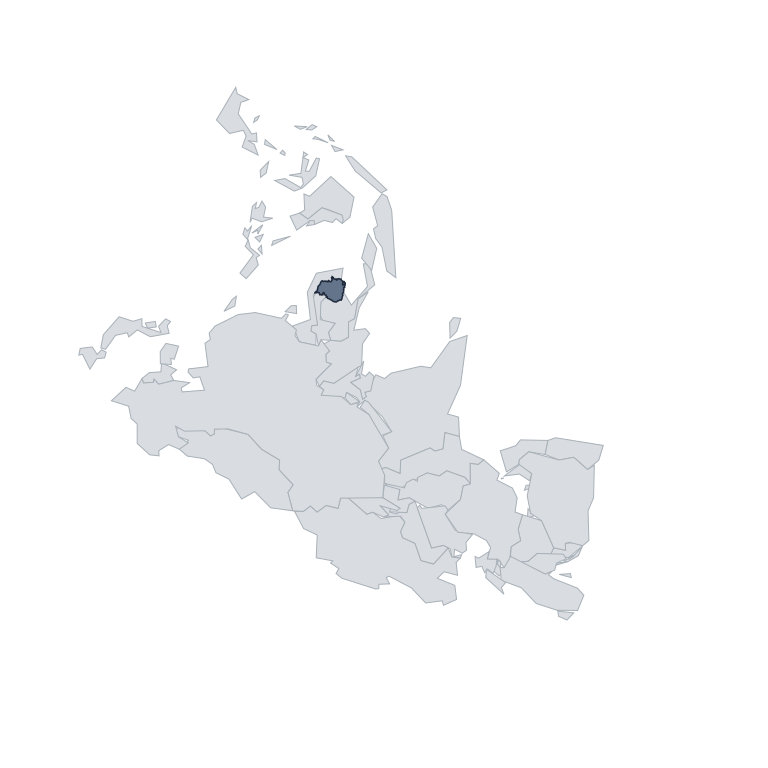 where Cambodia sits in Asia, rotated 210°
{"feature_id": "KHM", "entity_name": "Cambodia", "entity_type": "country or territory", "adm_level": 0, "iso_a3": "KHM", "parent_name": "Asia", "parent_adm1": "", "projection": "robinson", "projection_center": [105.132, 12.558], "detail": "fine", "context": "in_parent", "style": "filled", "palette": "slate", "viewbox_px": 768, "rotation_deg": 210, "n_neighbors": 45, "source": "natural_earth", "source_scale": "50m", "svg_char_len": 15516}
<svg xmlns="http://www.w3.org/2000/svg" viewBox="0 0 768 768"><g transform="rotate(210 384 384)"><path d="M397.8,229.0L390.2,233.3L386.7,241.6L377.9,239.7L373.4,249.9L361.6,253.4L364.6,263.4L361.2,268.1L333.8,262.7L329.8,267.3L319.2,266.1L305.4,277.8L296.8,274.9L295.8,264.4L291.0,260.2L277.4,261.5L263.7,249.6L251.1,252.9L246.5,274.1L239.0,268.3L230.9,271.4L232.3,265.6L224.7,255.1L238.2,251.4L240.6,242.4L222.0,245.0L213.4,233.7L221.8,222.1L225.3,225.3L238.4,215.2L258.3,221.1L283.5,220.1L285.3,217.5L279.2,213.7L288.3,208.0L286.2,204.2L288.7,202.3L323.3,194.7L330.7,195.9L330.9,201.6L340.8,202.2L339.9,205.2L355.8,199.6L366.3,219.8L381.3,218.6L397.8,229.0Z" fill="#d9dde1" stroke="#a8b0b8" stroke-width="1"/><path d="M246.5,274.1L251.1,252.9L263.7,249.6L277.4,261.5L291.0,260.2L295.8,264.4L296.8,274.9L303.6,277.8L317.8,268.6L314.6,272.9L326.4,276.6L319.7,280.8L314.2,280.4L315.2,276.1L308.7,277.4L303.9,284.3L300.0,284.0L302.1,292.3L298.6,298.1L260.8,265.8L251.9,274.0L246.5,274.1Z" fill="#d9dde1" stroke="#a8b0b8" stroke-width="1"/><path d="M661.2,528.9L660.7,566.8L656.3,562.0L643.3,562.7L648.8,556.3L645.3,545.1L623.5,534.4L620.0,537.7L615.0,530.2L623.7,526.7L616.2,526.7L607.5,519.3L625.3,518.3L627.4,529.9L632.7,533.4L643.0,523.7L661.2,528.9ZM578.7,565.5L575.9,572.7L570.9,573.3L573.6,567.8L578.7,565.5ZM626.1,553.9L625.7,549.5L627.7,545.4L628.8,549.9L626.1,553.9ZM542.6,489.8L539.7,495.0L548.4,508.6L542.3,509.3L533.7,537.1L503.4,530.9L496.9,511.4L500.5,502.2L504.9,509.3L521.8,506.7L526.0,505.5L532.3,488.8L542.6,489.8ZM594.0,533.5L607.2,531.8L609.0,536.2L594.0,533.5ZM588.7,535.8L585.2,534.8L584.2,532.3L589.4,532.0L588.7,535.8ZM594.2,501.2L598.1,507.2L595.1,519.0L591.5,507.9L594.2,501.2ZM558.1,506.2L580.4,505.6L572.5,512.4L554.5,512.4L553.8,516.8L558.3,522.0L570.7,517.4L561.3,524.9L569.6,544.8L564.9,544.5L567.4,539.7L561.1,540.4L558.5,529.1L555.1,530.8L555.6,545.9L552.4,546.8L547.2,530.1L552.7,512.9L558.1,506.2ZM557.2,571.7L548.0,569.3L552.7,568.2L557.2,571.7ZM552.9,565.0L563.6,562.9L568.2,560.8L567.4,564.0L552.9,565.0ZM542.6,560.8L548.8,564.4L536.6,566.3L542.6,560.8ZM482.0,548.1L515.6,554.1L531.3,562.4L525.5,564.6L478.5,553.6L482.0,548.1ZM468.6,517.9L482.3,531.6L480.8,547.8L475.1,547.9L464.2,538.3L426.9,482.0L438.1,483.3L454.3,501.6L463.8,505.7L470.7,513.2L468.6,517.9Z" fill="#d9dde1" stroke="#a8b0b8" stroke-width="1"/><path d="M579.2,568.4L583.7,562.8L590.8,562.6L579.2,568.4Z" fill="#d9dde1" stroke="#a8b0b8" stroke-width="1"/><path d="M140.0,320.6L134.1,328.8L131.1,342.5L129.8,332.5L136.2,321.7L140.0,320.6Z" fill="#d9dde1" stroke="#a8b0b8" stroke-width="1"/><path d="M145.0,315.2L136.4,321.6L144.7,312.9L145.0,315.2Z" fill="#d9dde1" stroke="#a8b0b8" stroke-width="1"/><path d="M137.6,325.7L133.3,331.7L136.0,324.9L137.6,325.7Z" fill="#d9dde1" stroke="#a8b0b8" stroke-width="1"/><path d="M137.6,325.7L154.6,320.0L155.1,327.0L143.6,330.8L147.3,336.6L136.5,344.3L131.1,342.5L137.6,325.7Z" fill="#d9dde1" stroke="#a8b0b8" stroke-width="1"/><path d="M209.6,373.0L221.7,373.7L233.8,364.5L225.9,383.2L211.1,380.2L209.6,373.0Z" fill="#d9dde1" stroke="#a8b0b8" stroke-width="1"/><path d="M206.0,370.1L206.2,365.8L209.3,362.2L210.3,367.4L206.0,370.1Z" fill="#d9dde1" stroke="#a8b0b8" stroke-width="1"/><path d="M192.6,339.3L196.9,348.0L188.2,344.8L192.6,339.3Z" fill="#d9dde1" stroke="#a8b0b8" stroke-width="1"/><path d="M155.1,327.0L154.6,320.0L166.5,313.9L170.4,302.7L179.0,296.8L188.2,298.0L192.6,306.6L187.4,316.6L195.2,325.3L198.7,340.0L179.1,344.4L155.1,327.0Z" fill="#d9dde1" stroke="#a8b0b8" stroke-width="1"/><path d="M227.0,381.9L234.0,369.1L249.9,384.3L239.1,396.3L237.9,403.8L213.8,417.1L209.2,403.5L224.7,397.7L229.0,386.1L227.0,381.9ZM235.3,361.0L233.1,362.5L234.8,360.5L235.3,361.0Z" fill="#d9dde1" stroke="#a8b0b8" stroke-width="1"/><path d="M477.7,430.9L466.4,431.2L464.3,443.0L451.7,436.0L447.1,460.2L462.0,477.7L456.9,480.8L441.6,465.3L449.0,444.7L442.1,426.0L445.7,419.9L438.1,406.7L442.6,399.4L452.0,395.2L457.9,400.8L456.7,412.1L467.5,407.5L475.2,412.6L479.6,423.4L477.7,430.9Z" fill="#d9dde1" stroke="#a8b0b8" stroke-width="1"/><path d="M488.7,431.3L477.7,430.9L479.6,423.4L471.4,407.9L456.7,412.1L457.9,400.8L452.0,395.2L460.6,390.8L459.8,384.2L467.6,393.2L473.8,393.3L475.7,398.3L471.1,401.9L488.4,421.4L488.7,431.3Z" fill="#d9dde1" stroke="#a8b0b8" stroke-width="1"/><path d="M452.0,395.2L442.6,399.4L438.1,406.7L445.7,419.9L442.1,426.0L449.0,444.7L443.7,456.1L443.6,437.6L437.0,415.5L427.8,422.6L421.8,420.7L422.7,408.0L412.8,389.1L427.6,359.5L437.6,356.5L438.7,349.7L445.3,354.1L439.7,375.0L444.9,374.1L449.2,380.5L447.7,385.4L457.3,386.9L452.0,395.2Z" fill="#d9dde1" stroke="#a8b0b8" stroke-width="1"/><path d="M473.2,452.9L483.0,450.2L480.8,446.6L489.3,442.2L489.7,425.5L471.1,401.9L475.7,398.3L473.8,393.3L467.6,393.2L462.4,383.4L478.3,378.2L492.0,388.7L480.0,403.1L496.3,425.1L498.0,446.1L477.4,463.9L473.2,452.9Z" fill="#d9dde1" stroke="#a8b0b8" stroke-width="1"/><path d="M596.3,267.9L592.9,276.5L583.3,283.0L587.2,291.1L570.7,292.6L573.3,285.2L567.8,282.0L571.3,278.3L579.0,271.2L585.5,273.2L584.5,270.2L592.9,264.5L596.3,267.9Z" fill="#d9dde1" stroke="#a8b0b8" stroke-width="1"/><path d="M577.8,294.6L587.8,289.7L594.0,300.2L593.1,310.1L580.8,314.1L578.0,300.6L581.5,299.6L577.8,294.6Z" fill="#d9dde1" stroke="#a8b0b8" stroke-width="1"/><path d="M399.6,228.6L420.2,220.1L442.2,226.1L449.8,213.2L470.8,224.1L485.1,223.1L492.3,228.6L502.1,229.5L518.3,223.2L528.7,225.2L525.2,237.5L535.6,235.5L543.7,241.3L515.6,254.0L508.3,252.3L506.0,256.0L508.3,260.1L501.9,265.1L476.5,272.4L457.3,266.3L436.4,266.0L431.9,257.3L412.2,251.3L413.0,242.2L399.6,228.6Z" fill="#d9dde1" stroke="#a8b0b8" stroke-width="1"/><path d="M438.7,349.7L437.6,356.5L427.6,359.5L414.8,385.8L412.3,376.6L410.0,380.3L407.4,377.3L413.6,368.8L401.4,367.1L394.9,360.2L393.0,364.2L396.5,367.2L392.1,371.5L395.2,373.1L395.7,387.9L386.1,389.0L383.4,396.8L361.1,417.7L351.5,421.5L348.3,453.7L336.2,467.6L317.1,421.0L314.0,389.8L302.9,392.6L292.4,376.2L306.9,372.4L300.4,357.4L306.4,351.3L312.1,351.7L331.4,326.4L325.2,314.5L340.5,312.6L345.6,307.7L350.2,314.5L348.0,330.8L359.1,338.5L353.6,346.6L369.0,354.9L392.4,360.4L396.1,350.7L396.4,356.4L400.9,358.6L412.2,358.0L410.7,352.5L432.8,342.8L433.4,348.8L438.7,349.7Z" fill="#d9dde1" stroke="#a8b0b8" stroke-width="1"/><path d="M412.3,376.6L413.1,393.8L408.6,381.6L403.9,381.4L402.7,387.0L396.5,385.7L392.1,371.5L396.5,367.2L393.0,364.2L394.9,360.2L401.4,367.1L413.6,368.8L407.4,377.3L410.0,380.3L412.3,376.6Z" fill="#d9dde1" stroke="#a8b0b8" stroke-width="1"/><path d="M410.7,352.5L412.2,358.0L396.4,356.4L402.5,349.5L410.7,352.5Z" fill="#d9dde1" stroke="#a8b0b8" stroke-width="1"/><path d="M393.0,351.9L392.4,360.4L388.3,360.5L353.6,346.6L361.2,337.1L381.8,350.0L393.0,351.9Z" fill="#d9dde1" stroke="#a8b0b8" stroke-width="1"/><path d="M345.6,307.7L340.5,312.6L325.2,314.5L331.4,326.4L312.1,351.7L306.4,351.3L300.4,357.4L306.9,372.4L292.4,376.2L284.1,366.2L259.6,368.2L262.1,361.4L269.6,358.4L259.2,340.6L267.2,343.6L286.2,340.2L290.1,332.0L302.1,328.6L317.4,301.8L333.7,298.2L337.9,305.4L345.6,307.7Z" fill="#d9dde1" stroke="#a8b0b8" stroke-width="1"/><path d="M283.8,298.3L305.2,298.1L313.9,290.4L317.6,300.5L324.9,296.1L333.7,298.2L314.3,304.3L315.3,309.7L311.1,316.4L306.5,316.3L308.0,320.1L302.1,328.6L290.1,332.0L286.2,340.2L267.2,343.6L259.2,340.6L264.4,335.3L260.0,322.3L265.5,306.8L273.9,308.2L283.8,298.3Z" fill="#d9dde1" stroke="#a8b0b8" stroke-width="1"/><path d="M298.6,298.1L302.1,292.3L300.0,284.0L315.2,276.1L316.2,280.2L308.3,284.4L328.2,284.9L333.1,296.6L317.6,300.5L313.9,290.4L305.2,298.1L298.6,298.1Z" fill="#d9dde1" stroke="#a8b0b8" stroke-width="1"/><path d="M317.8,268.6L329.8,267.3L333.8,262.7L361.2,268.1L328.2,284.9L308.3,284.4L309.2,281.0L326.4,276.6L314.6,272.9L317.8,268.6Z" fill="#d9dde1" stroke="#a8b0b8" stroke-width="1"/><path d="M230.9,271.4L239.0,268.3L244.1,274.4L251.9,274.0L260.8,265.8L293.2,293.3L292.5,296.9L289.1,295.2L270.1,309.0L265.5,306.8L265.9,301.9L249.3,293.0L232.1,297.8L233.8,287.7L229.4,281.4L231.6,276.6L240.3,276.2L237.1,269.4L231.5,275.1L230.9,271.4Z" fill="#d9dde1" stroke="#a8b0b8" stroke-width="1"/><path d="M198.7,340.0L195.2,325.3L187.4,316.6L192.6,306.6L186.7,293.4L188.1,284.9L196.8,288.9L207.0,284.0L209.9,295.6L217.0,299.7L231.4,299.2L246.0,292.5L265.9,301.9L260.0,322.3L264.4,335.3L259.2,340.6L269.6,358.4L262.1,361.4L259.6,368.2L239.5,364.3L238.2,357.2L220.8,358.1L211.8,352.0L206.5,338.7L198.7,340.0Z" fill="#d9dde1" stroke="#a8b0b8" stroke-width="1"/><path d="M138.8,323.9L145.0,315.2L143.1,308.2L149.3,300.0L176.7,297.7L170.4,302.7L166.5,313.9L143.8,326.2L138.8,323.9Z" fill="#d9dde1" stroke="#a8b0b8" stroke-width="1"/><path d="M198.6,288.7L187.1,280.2L188.1,275.3L196.9,277.0L198.6,288.7Z" fill="#d9dde1" stroke="#a8b0b8" stroke-width="1"/><path d="M188.2,298.0L149.3,300.0L144.9,305.8L146.2,301.0L139.5,300.2L114.4,303.9L105.3,301.0L103.1,284.7L120.9,274.6L142.5,270.0L163.2,276.2L184.3,272.5L191.7,283.3L188.1,284.9L188.2,298.0ZM107.5,271.1L116.7,270.1L119.9,274.2L105.2,280.7L107.5,271.1Z" fill="#d9dde1" stroke="#a8b0b8" stroke-width="1"/><path d="M357.9,470.1L357.1,476.2L350.4,479.2L347.3,466.2L349.7,456.8L357.9,470.1Z" fill="#d9dde1" stroke="#a8b0b8" stroke-width="1"/><path d="M499.2,408.1L494.9,401.3L505.8,397.2L503.6,405.3L499.2,408.1ZM328.2,284.9L364.6,263.4L361.6,253.4L373.4,249.9L377.9,239.7L386.7,241.6L390.2,233.3L399.6,228.6L413.0,242.2L412.2,251.3L431.9,257.3L436.4,266.0L457.3,266.3L476.5,272.4L496.5,267.2L508.3,260.1L506.0,256.0L508.3,252.3L515.6,254.0L533.2,243.4L543.4,243.3L535.6,235.5L524.0,235.1L528.7,225.2L540.3,223.8L545.7,213.7L542.9,209.3L551.5,205.5L568.0,209.1L577.7,225.9L585.7,227.7L594.1,237.1L611.7,233.2L605.8,252.1L596.4,253.1L596.3,267.9L592.9,264.5L584.5,270.2L585.5,273.2L579.0,271.2L567.8,282.0L553.0,288.0L557.7,279.2L554.9,276.2L536.3,288.9L547.1,298.1L552.2,293.9L559.7,296.4L560.7,299.4L545.1,311.1L559.4,329.8L556.6,335.7L560.9,340.6L559.2,349.9L544.9,371.3L531.2,381.5L505.7,389.6L504.0,395.7L501.3,396.0L501.1,389.6L486.9,387.1L485.3,381.4L478.3,378.2L459.8,384.2L460.6,390.8L447.7,385.4L449.2,380.5L444.9,374.1L439.7,375.0L445.3,354.1L441.6,349.3L433.4,348.8L432.8,342.8L414.8,351.8L402.5,349.5L396.4,355.3L396.1,350.7L381.8,350.0L348.0,330.8L350.2,314.5L337.9,305.4L328.2,284.9Z" fill="#d9dde1" stroke="#a8b0b8" stroke-width="1"/><path d="M558.9,366.9L557.7,381.5L555.7,386.2L552.2,377.0L558.9,366.9Z" fill="#d9dde1" stroke="#a8b0b8" stroke-width="1"/><path d="M202.5,270.9L208.0,275.0L212.6,271.2L218.9,280.1L214.9,280.6L209.3,291.3L207.0,284.0L198.6,288.7L195.8,282.2L194.8,274.5L201.7,275.5L202.5,270.9ZM196.8,288.9L193.7,288.1L191.7,283.3L195.8,284.7L196.8,288.9Z" fill="#d9dde1" stroke="#a8b0b8" stroke-width="1"/><path d="M175.0,261.9L199.1,267.2L202.6,274.8L179.3,272.8L180.6,266.4L175.0,261.9Z" fill="#d9dde1" stroke="#a8b0b8" stroke-width="1"/><path d="M559.5,442.9L554.6,435.6L560.7,437.9L559.5,442.9ZM568.6,461.4L568.2,450.6L570.2,454.2L573.9,448.6L568.6,461.4ZM580.9,457.1L586.8,472.1L585.1,477.4L583.2,471.5L580.8,474.4L581.1,481.4L575.0,478.0L571.8,468.3L563.2,472.0L571.1,463.3L581.2,461.6L580.9,457.1ZM551.6,452.5L538.9,465.2L550.6,447.8L551.6,452.5ZM564.2,408.0L561.7,430.6L573.0,433.8L573.8,441.0L567.8,435.1L556.1,433.3L557.9,429.5L552.4,424.3L556.0,406.3L564.2,408.0ZM563.4,453.2L562.7,444.8L569.0,446.5L563.4,453.2ZM581.1,443.2L582.6,449.7L578.7,448.1L577.7,455.0L574.7,440.9L581.1,443.2Z" fill="#d9dde1" stroke="#a8b0b8" stroke-width="1"/><path d="M451.5,476.3L466.2,481.7L472.7,506.3L458.1,497.8L451.5,476.3ZM542.6,489.8L532.3,488.8L526.0,505.5L504.9,509.3L501.4,506.0L500.5,502.2L508.3,503.1L509.3,498.1L517.6,495.8L523.8,487.5L529.6,488.7L536.6,473.6L549.3,482.4L542.6,489.8Z" fill="#d9dde1" stroke="#a8b0b8" stroke-width="1"/><path d="M530.1,482.2L529.6,488.7L526.1,490.5L523.8,487.5L530.1,482.2Z" fill="#d9dde1" stroke="#a8b0b8" stroke-width="1"/><path d="M651.7,286.4L647.0,309.8L632.7,312.8L626.4,319.5L622.3,312.9L602.8,317.0L608.1,321.3L605.7,331.2L600.1,331.4L600.9,326.1L595.4,320.5L610.0,308.1L624.7,307.5L628.5,297.2L632.0,300.0L640.8,291.9L642.5,274.8L647.3,273.7L651.7,286.4ZM659.9,258.9L662.7,256.4L664.9,262.9L655.2,270.2L647.2,266.2L645.7,272.5L640.5,272.6L639.0,266.9L645.5,262.2L646.1,249.8L659.9,258.9ZM609.8,319.5L616.8,314.2L621.2,317.5L613.3,323.9L609.8,319.5Z" fill="#d9dde1" stroke="#a8b0b8" stroke-width="1"/><path d="M209.2,403.5L213.8,417.1L208.6,423.2L163.4,440.4L159.9,425.5L165.0,411.7L183.0,415.4L194.4,405.7L209.2,403.5Z" fill="#d9dde1" stroke="#a8b0b8" stroke-width="1"/><path d="M131.1,343.3L144.3,339.6L147.3,336.6L143.6,330.8L155.1,327.0L179.1,344.4L192.5,345.4L204.1,358.8L211.1,380.2L227.0,381.9L229.0,386.1L224.7,397.7L194.4,405.7L183.0,415.4L165.0,411.7L161.3,418.9L145.6,390.2L143.9,376.2L128.3,350.9L131.1,343.3Z" fill="#d9dde1" stroke="#a8b0b8" stroke-width="1"/><path d="M137.1,306.7L127.8,313.0L125.0,310.0L137.1,306.7Z" fill="#d9dde1" stroke="#a8b0b8" stroke-width="1"/><path d="M489.4,428.4L489.5,428.7L489.3,429.3L489.1,429.9L488.6,430.4L488.6,430.7L488.5,431.8L488.5,432.1L488.6,432.4L488.8,432.6L489.2,433.6L489.5,434.5L489.8,435.3L489.9,435.8L489.6,437.0L489.2,438.1L489.3,438.7L489.4,439.3L489.6,440.0L489.6,441.0L489.6,441.6L489.4,442.0L489.1,442.4L488.8,442.6L488.5,442.3L488.2,442.3L487.9,442.4L487.6,442.5L487.1,443.1L486.5,443.7L485.6,443.8L485.3,444.2L484.9,444.3L484.3,444.3L483.8,444.4L483.9,444.6L483.8,445.6L483.8,445.9L483.5,446.0L482.9,445.8L482.3,445.6L481.8,445.5L481.5,446.0L481.4,446.1L481.2,446.2L480.9,446.4L480.9,446.7L481.0,447.1L481.0,447.8L481.0,448.2L481.2,448.5L482.2,449.5L482.6,449.7L482.6,449.9L482.4,450.4L482.6,451.1L482.2,451.1L481.7,450.8L481.4,450.6L481.1,450.8L481.0,450.7L480.8,450.4L480.5,450.0L480.2,450.0L479.6,450.1L478.9,450.2L478.7,450.2L478.6,450.3L478.2,450.8L478.1,450.7L477.4,450.5L476.9,450.4L476.7,450.6L476.8,451.0L476.9,451.5L476.5,451.9L476.1,452.3L475.9,452.6L475.7,452.7L475.0,452.7L474.4,452.7L474.1,453.0L473.9,453.3L473.7,453.4L472.9,452.6L471.2,452.3L471.0,452.0L470.9,451.9L470.7,452.4L469.8,452.8L469.4,452.5L469.1,452.2L469.2,451.9L469.4,451.6L469.9,451.3L470.1,450.6L469.8,449.6L469.5,449.3L469.1,449.1L468.8,449.4L468.5,450.1L468.2,450.4L467.8,450.5L467.2,450.4L467.0,449.5L466.9,448.7L467.0,447.8L467.1,447.3L466.5,446.5L466.5,445.8L466.2,445.4L466.1,445.6L466.1,445.8L466.0,445.7L465.1,443.6L464.9,442.6L465.1,441.9L465.2,441.7L464.9,441.3L464.6,440.8L463.9,440.2L463.9,439.3L463.7,438.2L463.5,437.9L463.2,437.2L463.0,436.6L463.0,435.2L463.6,435.0L464.2,434.9L464.2,434.7L464.5,434.2L465.1,433.4L465.5,432.7L465.8,432.2L466.0,431.7L466.6,431.0L467.5,430.6L468.1,430.5L468.7,430.3L469.2,430.1L469.5,430.1L470.2,430.3L470.6,430.4L471.0,430.4L471.5,430.4L471.8,430.4L472.7,430.2L473.6,430.4L474.5,430.2L475.5,430.0L476.0,430.2L476.5,430.4L476.5,430.8L476.6,431.0L476.8,431.2L477.0,431.2L477.3,430.9L477.5,430.6L477.7,431.0L477.9,431.3L478.1,431.6L478.4,431.9L478.6,431.9L479.3,431.6L480.4,432.0L480.5,432.2L480.9,432.6L481.2,432.9L482.1,433.0L482.3,432.2L482.2,431.8L481.7,431.0L481.6,430.5L481.8,430.4L482.6,430.3L482.9,429.7L483.1,429.8L483.5,429.9L484.0,429.5L484.3,429.2L484.4,429.3L484.6,429.6L484.8,429.7L485.1,429.9L485.5,430.3L485.7,430.6L485.9,430.7L486.4,430.6L486.5,430.6L486.8,430.2L487.1,430.1L487.4,430.1L487.8,429.6L488.1,429.2L488.3,429.1L488.7,429.3L488.9,429.2L489.2,428.6L489.4,428.4ZM466.7,448.3L466.4,448.2L466.4,447.9L466.5,447.7L466.7,448.3ZM468.0,451.6L467.9,451.8L467.6,451.3L467.6,451.2L468.0,451.6Z" fill="#64748b" stroke="#1e293b" stroke-width="1.5"/></g></svg>